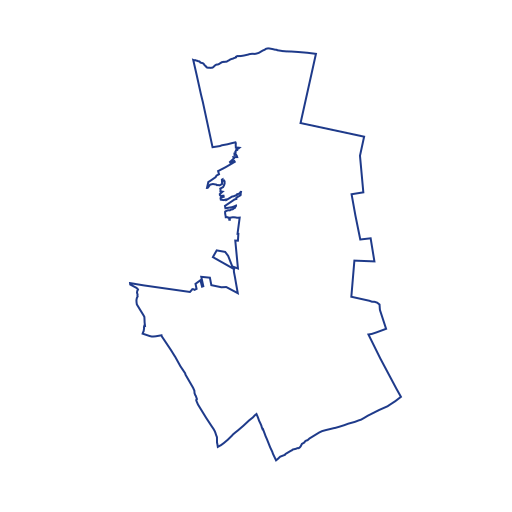 the district of Munteni, Galati, Romania, rotated 259°
{"feature_id": "2599482B8174153692428", "entity_name": "Munteni", "entity_type": "district", "adm_level": 2, "iso_a3": "ROU", "parent_name": "Romania", "parent_adm1": "Galati", "projection": "orthographic", "projection_center": [27.478, 45.925], "detail": "fine", "context": "isolated", "style": "outline", "palette": "blue", "viewbox_px": 512, "rotation_deg": 259, "n_neighbors": 0, "source": "geoboundaries", "source_scale": "gbopen_adm2", "svg_char_len": 6057}
<svg xmlns="http://www.w3.org/2000/svg" viewBox="0 0 512 512"><g transform="rotate(259 256 256)"><path d="M460.4,231.8L444.9,232.3L425.3,232.8L417.2,233.2L371.1,234.1L370.8,241.5L371.2,243.6L371.1,249.2L371.4,254.0L371.5,257.5L370.6,257.7L368.5,257.2L366.2,256.9L365.8,259.1L365.4,260.3L364.9,259.4L364.5,257.7L363.6,257.7L363.5,256.9L363.6,256.5L362.9,256.2L362.3,255.6L361.3,255.7L360.9,255.4L360.8,254.4L359.3,254.2L359.2,255.8L357.7,256.3L356.7,256.4L357.3,252.7L356.1,253.0L352.8,247.7L353.4,252.8L352.5,253.1L348.9,242.9L346.6,235.0L343.3,235.3L342.5,232.6L341.1,231.4L338.7,225.9L337.7,223.3L332.2,220.9L332.1,221.5L332.5,222.1L334.8,224.5L334.9,227.4L333.7,230.6L333.0,231.2L332.9,232.2L332.3,233.8L333.2,236.5L337.5,237.1L337.7,237.8L336.1,237.5L336.2,238.5L336.2,239.1L335.2,239.4L334.8,239.1L334.0,239.2L333.1,239.0L331.5,238.1L329.9,236.8L329.0,233.8L327.6,233.8L326.2,233.4L325.5,235.4L323.7,232.3L322.7,232.2L321.7,232.8L321.4,235.6L320.3,235.6L319.9,232.6L319.6,232.2L318.6,232.2L318.0,232.2L317.0,235.1L317.2,237.3L316.6,237.4L317.8,240.9L318.6,243.0L318.9,243.7L318.9,245.5L319.5,248.3L319.7,248.7L319.7,249.0L320.3,249.3L320.3,250.7L320.7,251.9L321.9,253.2L321.8,253.5L319.8,252.7L319.1,252.7L318.6,252.4L317.0,247.9L315.7,247.6L315.6,245.7L314.3,242.7L311.1,235.1L308.7,235.1L308.5,241.6L308.8,243.9L309.3,246.0L309.1,246.0L308.8,245.8L308.3,245.2L307.3,244.5L307.3,244.3L307.0,243.3L306.5,242.5L306.3,241.9L306.3,241.3L306.3,240.2L305.8,239.0L306.1,237.9L306.2,237.0L305.8,235.1L305.6,234.4L305.3,234.1L303.5,233.8L300.9,233.8L299.8,233.7L299.7,234.2L299.8,234.7L299.6,235.2L299.4,235.7L299.0,235.8L298.8,236.2L298.7,236.9L296.7,236.7L296.6,237.2L298.6,237.5L298.5,238.5L298.5,240.4L298.3,241.5L297.9,242.8L297.7,243.5L297.3,244.3L297.0,245.5L296.8,247.3L281.3,242.1L281.1,242.9L274.5,241.2L275.1,238.6L247.2,235.9L250.3,230.7L255.3,229.8L261.4,228.7L265.9,226.5L269.0,218.5L263.9,214.1L263.1,213.5L247.3,232.0L246.9,231.7L246.4,231.6L244.6,231.3L238.9,231.3L234.6,231.2L223.0,231.0L231.2,220.9L231.9,216.1L235.9,206.6L243.5,206.6L246.0,198.3L236.4,198.5L236.2,197.2L242.8,196.8L240.2,191.3L235.1,191.4L234.5,189.2L235.3,188.3L235.6,187.2L234.1,185.4L233.8,184.9L233.3,184.3L248.5,140.4L253.4,127.2L252.0,127.1L247.6,132.5L246.6,133.3L245.6,133.8L244.4,132.8L242.8,132.2L242.3,132.2L241.6,132.3L240.8,132.4L240.1,132.1L238.9,132.1L237.8,131.2L237.0,130.8L235.5,130.2L233.4,129.9L231.2,129.8L225.5,131.9L219.7,134.1L218.2,134.6L217.5,134.8L216.8,134.7L214.7,134.4L212.2,134.0L211.2,133.9L208.6,133.7L208.9,133.1L208.1,132.7L207.4,132.4L206.6,132.4L205.4,132.0L204.7,131.7L204.0,131.5L203.4,131.2L203.2,131.0L202.5,130.5L202.2,130.3L201.7,130.1L201.4,129.9L197.7,136.4L197.2,137.5L197.0,137.9L196.8,138.4L196.7,139.0L196.6,139.6L196.5,140.3L196.3,142.3L196.2,148.1L195.9,148.1L195.6,148.1L194.8,148.3L179.8,154.6L173.2,157.1L172.9,157.3L162.1,160.8L154.3,164.1L153.1,164.1L138.6,169.1L135.6,169.8L133.9,169.6L132.9,169.5L130.8,169.9L130.2,170.2L127.5,170.6L126.8,170.7L126.0,169.8L124.4,170.0L121.3,170.7L117.8,172.0L106.6,176.2L97.1,180.1L94.8,181.1L93.8,181.5L92.8,181.8L91.9,182.1L90.3,182.4L87.8,182.7L85.6,183.1L82.3,182.5L80.2,182.1L79.0,182.2L75.9,182.1L76.8,184.8L76.9,185.3L78.5,188.7L79.0,189.6L80.4,192.1L80.8,192.9L82.0,194.7L84.3,198.2L85.2,199.3L86.7,202.0L88.3,205.1L91.7,211.1L95.9,217.8L97.6,221.1L98.1,222.1L99.8,224.4L100.8,226.3L97.2,227.1L93.7,227.6L90.7,228.4L88.4,228.9L86.8,229.0L84.7,229.4L84.8,229.8L79.5,230.7L77.5,231.0L74.0,231.8L65.5,233.4L60.8,234.6L58.6,234.9L51.6,236.7L52.7,238.8L54.4,241.4L55.3,246.5L56.0,247.1L58.1,252.9L58.4,254.2L58.9,254.9L59.0,255.2L59.1,257.3L59.1,258.2L59.5,260.1L59.2,261.2L59.8,262.5L60.6,263.5L62.8,265.2L63.7,267.9L64.1,268.2L64.4,268.4L64.9,269.2L65.3,270.3L65.3,271.4L66.7,273.7L70.7,284.4L71.5,287.5L71.8,291.5L72.0,296.0L72.2,300.2L72.1,300.5L72.5,305.1L73.1,310.4L73.8,314.6L74.3,321.3L74.8,324.2L75.0,325.2L75.3,327.9L76.4,331.2L77.9,335.3L81.3,347.3L83.4,356.5L84.4,358.8L87.0,365.2L90.1,371.4L98.9,368.5L131.6,358.5L157.5,351.4L157.4,354.8L158.0,359.5L159.7,369.8L179.0,367.4L180.0,367.4L184.8,368.0L187.1,366.0L188.4,363.7L189.0,361.1L190.4,358.8L197.8,341.8L232.7,351.7L228.1,371.2L251.5,371.9L252.3,361.5L276.9,361.3L298.4,361.6L298.0,373.5L334.6,377.2L352.5,384.9L378.0,325.1L423.2,344.8L443.0,353.4L445.7,345.2L448.3,336.0L449.9,330.0L451.2,324.3L451.6,323.0L451.8,322.3L451.9,321.7L453.1,318.5L453.9,316.2L454.3,315.9L454.4,315.5L454.6,315.3L454.7,314.9L454.9,314.0L455.9,311.9L456.5,310.4L457.2,308.6L457.5,307.5L457.5,306.4L457.5,305.6L457.4,305.1L457.1,304.6L456.8,303.7L456.6,303.1L456.6,302.6L456.4,301.9L455.9,300.4L455.3,298.8L454.9,297.6L454.7,296.2L454.7,295.6L454.6,295.0L454.6,294.4L454.6,293.9L454.7,292.8L455.0,291.9L455.2,291.1L455.3,290.0L455.4,288.0L455.2,286.5L455.2,285.8L455.1,282.9L455.1,281.7L455.2,279.3L455.2,279.0L455.3,278.6L455.4,278.2L455.4,277.9L455.5,277.5L455.5,277.1L455.7,276.6L455.8,276.1L455.8,275.7L455.6,275.1L455.4,274.4L454.8,274.3L454.6,273.2L454.4,271.8L454.1,270.9L454.1,270.0L454.1,269.8L454.0,269.2L453.8,268.1L453.4,267.3L452.9,265.6L452.5,264.6L452.4,264.2L452.5,263.2L452.6,262.5L452.6,262.1L452.6,261.7L452.8,261.2L452.8,260.9L452.7,260.6L452.7,260.3L452.8,260.0L452.8,259.6L452.7,259.3L452.5,259.0L452.4,258.8L452.4,258.3L452.1,257.8L452.0,257.4L451.6,256.7L451.5,256.1L451.3,255.4L451.3,254.7L451.4,254.1L451.4,253.6L451.2,252.9L451.0,252.4L450.9,252.2L450.5,251.5L449.9,250.6L449.5,250.0L449.3,249.4L449.2,249.1L449.3,248.3L449.3,247.6L449.4,247.2L449.7,246.2L449.8,245.6L449.9,245.3L450.0,244.8L450.1,244.4L450.4,243.8L450.8,243.4L451.0,243.3L451.4,243.3L451.6,243.2L451.9,242.8L452.2,242.6L452.5,242.4L453.4,241.8L454.1,241.5L454.6,241.3L454.9,241.0L455.3,240.7L455.7,240.0L456.1,239.0L456.4,238.5L456.6,238.2L456.9,238.1L457.4,237.9L457.7,237.6L457.9,237.4L458.0,236.9L458.2,236.5L458.4,236.1L458.7,235.8L458.9,235.5L459.1,234.9L459.3,234.6L459.5,234.2L459.8,233.8L459.8,233.4L459.8,233.0L459.8,232.8L460.1,232.5L460.2,232.1L460.4,231.8L460.4,231.8Z" fill="none" stroke="#1e3a8a" stroke-width="2"/></g></svg>